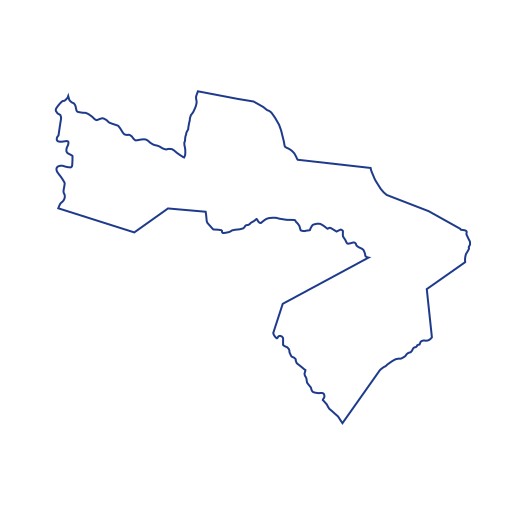 the district of Tambla, Lempira, Honduras, rotated 185°
{"feature_id": "27666195B79169869428311", "entity_name": "Tambla", "entity_type": "district", "adm_level": 2, "iso_a3": "HND", "parent_name": "Honduras", "parent_adm1": "Lempira", "projection": "robinson", "projection_center": [-88.75, 14.234], "detail": "fine", "context": "isolated", "style": "outline", "palette": "blue", "viewbox_px": 512, "rotation_deg": 185, "n_neighbors": 0, "source": "geoboundaries", "source_scale": "gbopen_adm2", "svg_char_len": 6083}
<svg xmlns="http://www.w3.org/2000/svg" viewBox="0 0 512 512"><g transform="rotate(185 256 256)"><path d="M287.8,410.9L328.2,415.0L329.3,411.0L329.6,409.5L329.4,407.6L328.8,405.4L328.5,403.7L328.9,400.5L329.6,398.0L331.0,394.1L331.9,392.5L333.1,390.7L333.8,387.7L333.8,385.3L334.2,382.9L334.6,378.3L334.6,376.3L335.7,373.9L336.2,372.3L336.2,371.0L336.7,369.1L336.8,367.7L336.8,364.3L337.3,362.7L337.0,360.3L336.3,358.1L335.7,355.5L335.4,352.6L335.4,350.5L335.6,349.6L336.2,347.9L337.0,348.1L340.6,350.0L343.7,351.8L346.8,354.0L348.7,355.0L350.0,355.2L352.2,355.1L353.2,354.9L354.4,354.4L354.9,354.3L356.8,354.6L358.7,355.2L361.3,356.5L362.7,357.0L364.4,357.4L366.8,357.7L368.2,358.1L371.2,359.6L373.9,361.6L375.8,362.4L376.9,362.5L378.8,362.4L381.4,361.8L385.1,360.8L385.8,360.7L386.4,360.8L386.9,361.1L388.2,362.1L389.2,363.2L390.1,364.3L392.0,365.4L393.1,365.7L394.7,365.4L396.2,365.4L397.3,365.6L398.1,366.0L399.5,367.4L402.4,371.3L404.2,373.3L404.6,373.7L406.0,374.1L410.7,375.2L413.5,376.0L414.6,376.6L415.9,377.7L416.8,378.4L419.2,379.5L420.5,379.8L421.2,379.8L423.4,379.0L425.9,377.7L426.5,377.5L427.0,377.5L428.6,378.2L430.9,380.1L432.2,381.0L435.0,382.6L436.1,383.1L438.5,383.8L440.7,383.6L442.7,383.7L445.1,383.9L446.3,384.1L447.0,384.6L447.6,385.5L448.6,388.8L449.2,390.3L449.9,391.3L450.8,392.2L453.0,393.0L454.9,394.4L455.5,395.2L455.9,395.9L457.0,399.0L457.3,397.8L457.8,396.8L459.5,394.7L460.5,393.9L461.8,393.6L462.3,393.4L463.3,392.4L464.4,391.1L466.1,388.7L467.4,386.6L468.1,385.1L468.2,384.3L468.1,383.5L467.9,382.9L466.4,381.1L465.5,380.4L463.9,379.8L463.2,379.3L462.6,378.1L462.2,376.6L462.2,375.4L462.7,368.4L463.2,359.8L463.3,358.8L464.2,357.5L464.6,356.4L464.7,355.2L464.5,354.2L464.1,353.6L463.5,353.1L462.8,352.9L461.9,352.8L460.3,352.8L458.6,353.1L454.8,354.0L453.6,353.9L453.1,353.6L452.8,353.1L452.7,351.5L453.0,349.9L453.8,347.8L454.1,346.5L454.1,344.9L453.9,343.6L453.3,342.7L452.6,342.0L448.1,340.1L447.7,339.8L447.5,339.5L447.2,335.7L447.0,330.5L447.2,329.3L447.7,328.5L448.4,328.1L450.7,328.1L453.0,328.3L456.3,329.0L458.2,329.0L459.8,328.5L461.1,327.9L461.9,327.0L462.2,326.5L462.3,325.9L462.4,325.2L462.2,324.4L461.9,323.4L461.4,322.5L460.0,320.8L457.3,317.9L455.9,316.2L453.3,312.7L453.1,312.2L452.9,311.5L453.0,309.0L453.4,305.3L453.4,303.7L453.1,302.2L452.2,300.8L451.9,299.9L451.6,298.4L451.7,297.1L452.1,295.6L452.8,294.2L453.4,293.4L455.0,291.8L455.7,290.6L456.4,288.8L457.1,286.3L379.3,268.9L347.8,295.7L310.0,295.7L309.3,292.7L308.5,288.4L308.1,286.4L307.7,285.5L307.4,284.9L306.0,283.5L301.1,278.9L300.2,278.7L296.6,278.9L292.9,278.7L292.5,278.5L292.1,278.1L291.9,276.9L291.6,276.4L291.2,276.1L290.7,276.0L288.6,276.4L285.2,277.4L283.8,278.1L282.1,279.4L281.2,279.7L279.2,280.3L274.5,281.2L271.4,282.3L270.1,283.5L269.3,285.1L268.9,285.5L267.9,286.0L266.6,286.2L265.8,286.7L265.1,287.2L264.2,288.4L263.2,289.2L261.5,290.3L259.9,291.7L259.0,292.7L258.7,292.9L258.0,292.4L257.1,291.0L256.3,290.1L255.2,289.4L254.2,289.3L253.7,289.5L252.6,290.7L250.4,292.7L248.8,293.9L247.4,294.5L246.0,295.0L242.4,295.6L239.3,295.8L235.9,295.2L228.6,294.7L221.8,295.2L220.5,295.1L220.1,294.9L219.2,293.6L217.2,291.9L215.8,290.2L215.3,289.5L214.2,286.5L213.7,285.5L213.2,285.3L212.2,285.1L210.7,285.0L209.4,285.1L208.3,285.6L206.2,286.0L204.7,286.4L204.4,286.8L204.2,288.0L203.6,289.4L202.7,291.2L202.0,292.0L201.5,292.3L200.1,292.8L197.8,293.5L196.7,293.6L194.9,293.6L193.1,292.9L191.3,292.0L187.2,289.4L186.9,289.4L186.2,290.0L185.1,290.5L184.5,290.5L183.1,290.0L177.9,287.4L174.0,289.7L173.3,289.6L172.3,289.1L171.7,288.6L171.6,288.4L171.3,284.3L171.0,283.0L168.4,279.7L167.1,277.5L166.3,276.5L165.7,276.3L165.1,276.3L163.1,276.9L160.1,278.0L159.3,278.0L158.5,277.7L157.7,277.1L157.0,275.5L156.3,274.8L154.7,273.8L151.2,272.5L149.7,271.6L149.2,270.9L148.4,269.5L147.6,267.7L147.1,265.8L146.9,265.4L146.4,265.0L145.7,264.7L144.8,264.3L143.8,264.2L225.2,210.7L232.1,180.8L231.5,179.3L230.8,178.2L229.3,176.6L228.3,175.9L227.9,175.9L227.6,176.1L227.1,177.1L226.7,177.7L226.2,178.2L225.6,178.4L224.8,178.5L223.9,178.3L223.1,177.9L222.4,177.3L222.0,176.7L221.8,176.1L221.3,169.8L220.5,169.2L219.7,168.7L217.2,167.9L216.3,167.2L215.5,166.5L215.0,165.8L214.6,165.0L214.3,163.3L214.0,162.5L212.4,159.7L211.9,159.1L211.5,158.8L209.4,158.1L207.8,157.0L207.4,156.4L207.3,155.3L207.0,154.6L206.0,152.7L200.5,149.1L198.3,147.5L196.8,146.7L196.8,146.4L197.4,143.1L197.3,142.4L196.8,141.0L195.7,139.5L195.1,138.3L194.2,134.6L194.0,134.2L192.6,132.6L190.0,129.9L189.7,129.4L189.1,127.6L188.2,126.2L187.8,125.8L187.1,125.4L185.2,125.0L181.7,124.8L179.4,125.2L178.5,125.3L177.3,125.1L176.6,124.7L176.2,124.1L175.9,123.5L175.7,122.7L175.6,121.9L175.8,120.8L176.7,119.2L176.9,118.4L172.7,114.5L172.2,113.8L170.8,111.6L169.6,110.1L167.4,108.6L163.7,105.8L161.2,104.0L160.2,103.2L157.4,99.6L155.3,97.0L122.8,152.8L122.1,153.7L121.4,154.4L119.3,156.3L117.2,157.6L115.6,159.4L113.4,161.3L111.2,163.1L109.2,164.5L107.7,165.4L106.0,165.9L104.8,166.2L103.2,166.3L102.3,166.6L101.0,167.4L99.1,168.8L98.4,169.5L97.6,171.0L96.6,172.1L95.5,172.9L94.0,173.4L93.3,173.9L92.3,175.4L91.4,177.6L90.8,178.3L90.2,178.8L89.3,179.0L88.8,179.2L88.0,180.0L87.6,181.1L86.5,181.7L85.4,182.1L85.0,183.3L84.6,184.7L84.0,185.4L83.0,186.0L81.8,186.4L80.9,186.5L79.5,186.4L78.3,186.6L77.3,186.9L76.4,187.4L75.6,188.0L74.9,188.7L74.0,189.8L73.7,190.4L83.0,237.9L47.1,268.1L47.5,270.9L47.4,274.0L47.0,276.2L45.1,280.1L44.5,281.8L44.5,282.3L44.8,283.0L44.8,283.4L43.8,286.0L43.9,287.7L44.2,289.1L45.9,291.8L48.1,295.6L48.3,296.2L48.2,297.4L48.3,298.6L48.6,299.1L49.2,299.5L49.8,299.7L51.3,299.9L54.0,300.0L54.5,300.3L54.9,300.9L87.9,315.7L131.1,328.2L134.3,330.5L137.5,333.6L143.2,341.1L144.5,343.1L148.4,350.5L149.0,352.0L149.5,353.7L222.8,355.5L223.5,356.3L224.6,358.3L226.3,360.9L227.0,361.8L228.1,362.8L229.6,364.0L231.6,365.2L232.9,365.8L235.2,366.6L236.3,367.2L236.7,367.5L237.2,368.6L238.3,372.7L241.9,383.2L244.0,387.8L244.7,389.1L249.1,395.4L252.2,399.1L253.2,400.2L254.5,401.1L255.6,401.7L257.8,402.4L261.8,405.1L271.9,409.7L287.8,410.9Z" fill="none" stroke="#1e3a8a" stroke-width="2"/></g></svg>